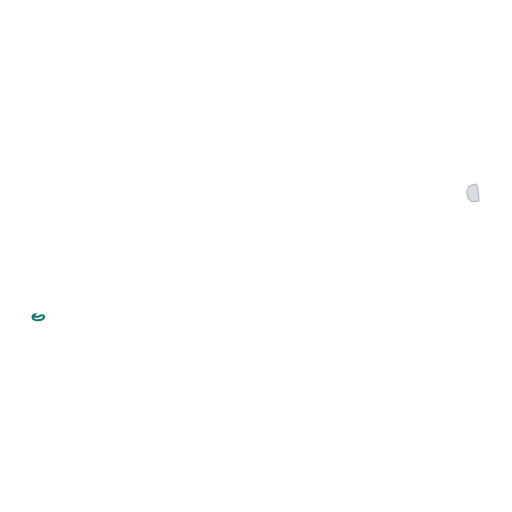 where Palmerston sits in Cook Islands, rotated 254°
{"feature_id": "COK-4956", "entity_name": "Palmerston", "entity_type": "state/province", "adm_level": 1, "iso_a3": "COK", "parent_name": "Cook Islands", "parent_adm1": "", "projection": "robinson", "projection_center": [-159.781, -18.858], "detail": "fine", "context": "in_parent", "style": "outline", "palette": "teal", "viewbox_px": 512, "rotation_deg": 254, "n_neighbors": 0, "source": "natural_earth", "source_scale": "10m", "svg_char_len": 547}
<svg xmlns="http://www.w3.org/2000/svg" viewBox="0 0 512 512"><g transform="rotate(254 256 256)"><path d="M264.1,487.8L258.8,487.8L252.1,486.4L247.7,485.7L247.2,483.9L249.0,478.5L252.5,475.8L259.5,476.2L264.3,479.9L264.8,486.1L264.1,487.8Z" fill="#d9dde1" stroke="#a8b0b8" stroke-width="1"/><path d="M256.8,24.5L258.8,24.2L260.6,25.7L260.7,27.3L260.1,26.6L259.8,25.4L259.3,25.2L257.7,28.7L257.7,29.4L258.2,33.6L257.1,35.5L255.3,35.4L254.1,33.6L253.9,31.2L254.6,27.5L255.3,26.3L256.8,24.5Z" fill="none" stroke="#0f766e" stroke-width="2"/></g></svg>